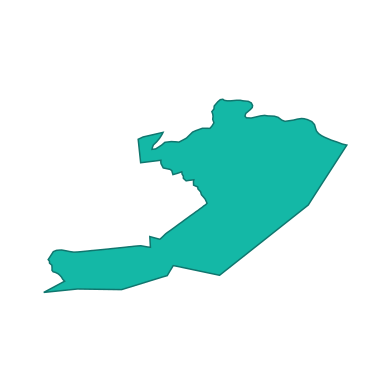 the district of Buriti dos Lopes, Piauí, Brazil, rotated 83°
{"feature_id": "56859067B71763963739929", "entity_name": "Buriti dos Lopes", "entity_type": "district", "adm_level": 2, "iso_a3": "BRA", "parent_name": "Brazil", "parent_adm1": "Piauí", "projection": "equal_earth", "projection_center": [-41.834, -3.271], "detail": "fine", "context": "isolated", "style": "filled", "palette": "teal", "viewbox_px": 384, "rotation_deg": 83, "n_neighbors": 0, "source": "geoboundaries", "source_scale": "gbopen_adm2", "svg_char_len": 2367}
<svg xmlns="http://www.w3.org/2000/svg" viewBox="0 0 384 384"><g transform="rotate(83 192 192)"><path d="M103.8,152.7L105.6,155.4L107.6,157.6L109.4,159.5L112.3,160.1L114.6,162.5L117.3,161.9L119.6,161.9L122.4,162.6L126.0,161.8L128.9,164.1L131.0,166.4L130.0,173.9L131.6,180.9L132.6,184.1L137.8,190.9L138.7,193.1L140.9,198.9L140.2,202.0L139.4,206.5L139.4,212.9L141.8,216.5L144.8,222.8L144.8,226.5L143.0,225.9L140.6,224.6L139.4,223.0L137.9,221.0L136.3,219.3L134.8,217.7L132.9,216.1L131.0,214.6L129.3,213.5L131.4,233.8L133.1,239.0L156.7,239.4L156.7,236.4L156.7,233.4L156.7,219.0L158.4,219.3L160.1,219.3L164.6,217.6L166.9,211.0L168.3,209.5L172.4,208.8L171.7,204.2L170.7,199.7L173.3,199.6L174.9,198.7L177.4,198.9L180.2,196.5L180.1,193.4L180.1,191.1L180.1,188.7L181.8,189.3L185.4,189.6L187.7,185.7L189.7,185.7L192.8,183.5L195.8,183.0L200.4,179.9L205.0,178.4L206.3,180.0L207.3,182.1L208.4,183.7L209.7,186.2L211.0,188.3L212.0,190.4L213.2,192.4L214.4,194.6L215.6,196.9L216.6,198.6L218.5,202.1L220.8,206.1L222.4,209.1L223.4,210.8L225.2,214.0L226.8,216.9L228.1,219.3L229.2,221.4L230.4,223.4L232.1,225.6L233.8,227.9L235.0,229.7L231.1,239.3L241.8,240.0L241.2,242.6L239.8,247.1L239.1,249.4L238.9,252.9L238.8,256.2L238.8,258.8L238.7,261.9L238.7,264.9L238.6,269.6L238.5,274.8L238.4,278.4L238.4,281.6L238.3,285.2L238.2,289.3L238.1,293.1L238.0,296.6L237.9,298.8L237.9,301.7L237.8,305.4L237.7,309.5L237.6,312.7L237.3,316.6L236.3,320.3L235.1,323.9L234.4,326.1L233.7,328.4L233.5,330.7L233.4,333.7L234.3,336.9L239.7,341.4L241.6,343.0L243.3,341.9L245.2,342.1L247.6,340.0L250.7,340.2L252.7,340.5L254.3,339.5L255.1,337.5L256.8,334.9L258.4,333.4L260.4,332.0L262.9,330.9L265.0,329.3L273.6,351.4L274.3,317.6L280.3,273.8L273.6,236.3L272.8,231.9L272.0,226.8L268.5,224.1L262.8,219.6L263.4,217.5L278.0,174.8L251.5,131.3L219.1,78.2L214.2,74.2L201.2,63.4L164.3,32.6L162.7,37.0L160.2,41.7L157.5,47.4L153.9,53.6L152.0,56.4L150.0,58.7L148.6,59.8L146.7,61.0L143.9,61.6L140.0,62.2L136.7,64.5L134.2,68.6L132.9,71.9L132.4,74.3L132.5,78.6L133.0,82.5L133.2,91.1L131.6,94.1L128.4,97.4L126.8,101.0L126.1,105.0L125.7,107.5L124.8,110.6L124.8,114.6L125.8,124.2L125.0,129.0L123.2,130.2L120.6,129.1L117.1,123.8L115.5,121.9L113.5,121.3L110.8,122.3L108.9,125.0L107.7,130.3L106.9,132.7L106.4,136.5L106.2,142.6L105.8,145.9L105.0,148.7L103.7,150.1L103.8,152.7Z" fill="#14b8a6" stroke="#0f766e" stroke-width="1.5"/></g></svg>